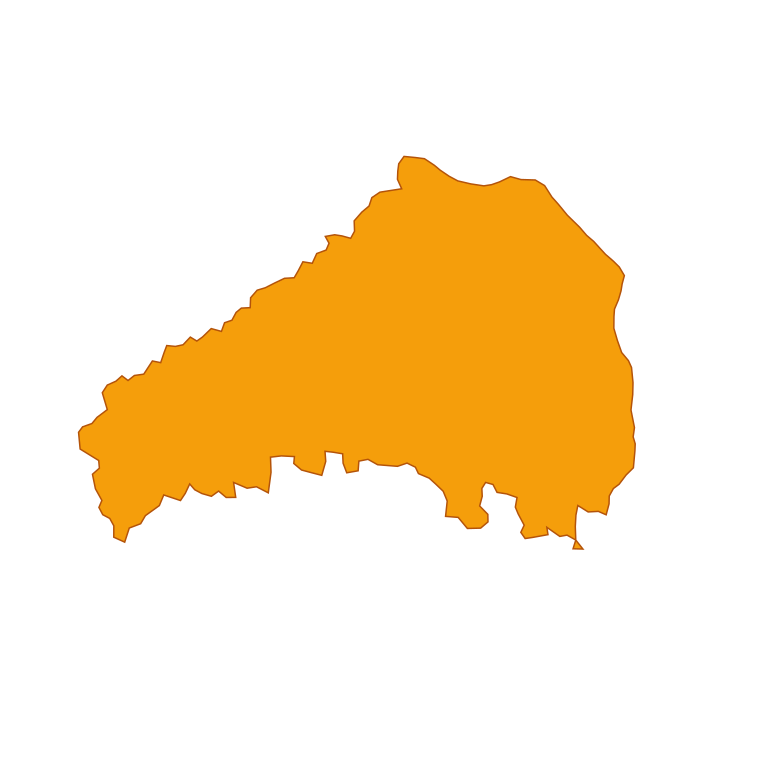 outline of Lobato, Paraná, Brazil, rotated 293°
{"feature_id": "56859067B51763712276093", "entity_name": "Lobato", "entity_type": "district", "adm_level": 2, "iso_a3": "BRA", "parent_name": "Brazil", "parent_adm1": "Paraná", "projection": "mercator", "projection_center": [-52.0, -22.979], "detail": "fine", "context": "isolated", "style": "filled", "palette": "amber", "viewbox_px": 768, "rotation_deg": 293, "n_neighbors": 0, "source": "geoboundaries", "source_scale": "gbopen_adm2", "svg_char_len": 2524}
<svg xmlns="http://www.w3.org/2000/svg" viewBox="0 0 768 768"><g transform="rotate(293 384 384)"><path d="M350.4,639.6L361.6,638.0L368.9,635.1L377.4,636.0L383.6,639.6L394.8,642.4L404.3,646.3L420.5,641.1L427.1,638.6L432.7,634.0L441.7,631.6L456.6,621.5L471.4,617.1L482.5,612.7L495.9,605.4L501.0,599.9L505.8,590.5L515.3,581.8L525.1,573.8L536.0,569.3L543.0,566.9L553.1,566.9L562.3,565.8L569.2,564.1L577.7,562.9L583.6,554.9L586.6,547.4L589.9,537.2L593.5,529.3L597.2,521.3L600.0,512.4L604.7,502.9L611.0,486.8L617.5,474.4L621.7,465.5L629.4,454.3L630.9,443.5L625.7,430.2L624.3,419.4L615.1,411.3L609.5,405.1L605.4,398.5L602.1,385.7L599.8,372.6L600.7,362.6L602.8,352.1L605.0,344.9L607.2,333.2L604.7,324.3L601.3,313.5L592.5,311.5L585.4,313.5L577.7,316.4L570.6,324.0L564.9,314.8L559.0,305.3L550.8,300.0L542.0,300.7L533.5,296.4L522.5,292.8L513.1,297.2L505.1,296.4L503.9,287.5L502.1,280.3L496.9,272.3L492.1,278.4L484.7,278.4L477.8,271.1L467.1,270.8L464.8,261.6L454.7,260.8L446.7,259.8L442.4,251.1L434.6,244.2L426.1,237.0L420.8,230.6L411.3,227.5L402.0,231.0L398.1,223.0L392.1,219.9L383.3,219.1L378.1,213.3L368.9,213.8L367.5,203.3L356.2,198.5L350.4,194.9L351.5,187.4L341.6,183.7L337.1,177.3L334.5,169.0L327.2,169.3L316.4,170.1L314.7,161.8L299.2,159.0L294.3,150.9L287.2,147.0L289.1,139.6L281.8,136.1L274.9,129.7L265.9,128.1L252.3,139.3L241.2,132.9L233.5,130.6L226.8,123.3L220.2,121.7L205.4,129.7L202.1,151.3L195.3,154.9L187.0,150.9L174.8,159.3L166.6,169.8L159.0,169.8L153.8,176.2L153.1,184.1L147.9,190.7L137.4,195.1L137.1,207.1L151.9,205.8L160.3,214.6L169.6,215.8L184.3,224.7L195.8,224.6L197.2,242.2L205.7,243.8L216.1,244.2L212.7,251.1L212.0,259.1L213.2,269.0L220.8,273.6L217.9,283.1L221.7,291.8L234.6,284.0L234.6,298.7L239.6,306.8L238.6,320.0L258.6,314.5L272.3,308.1L277.7,317.6L282.2,329.9L275.6,332.0L272.6,341.7L274.0,351.7L275.6,362.4L290.0,360.6L299.0,356.0L301.3,363.7L303.6,373.2L295.1,377.3L287.7,384.4L294.0,394.1L303.2,391.0L308.4,398.7L307.2,409.7L313.5,428.6L320.2,436.1L319.7,445.4L315.0,450.7L315.0,462.4L312.1,470.7L308.4,480.4L301.0,487.9L286.2,492.4L290.2,504.4L283.6,517.2L289.1,529.3L297.7,533.6L304.6,530.5L309.1,519.7L319.0,518.3L326.1,514.9L333.1,516.0L334.1,523.6L328.4,530.4L330.8,540.0L331.5,550.8L322.0,553.0L316.9,558.2L308.8,568.2L300.9,567.9L296.9,574.3L301.0,581.0L309.4,593.8L315.7,589.9L312.4,605.4L316.4,611.5L315.3,621.5L327.5,615.8L338.3,611.9L347.9,609.9L346.0,621.9L350.5,631.1L350.4,639.6ZM315.3,621.5L306.2,622.4L309.8,631.6L315.3,621.5Z" fill="#f59e0b" stroke="#b45309" stroke-width="1.5"/></g></svg>